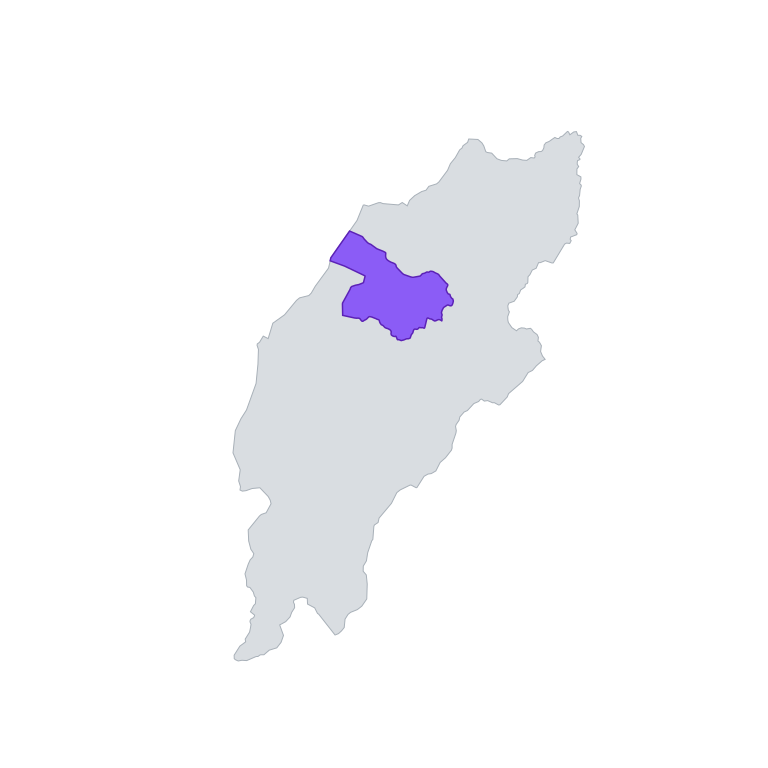 Bayanhongor highlighted on a map of Mongolia, rotated 118°
{"feature_id": "MNG-3317", "entity_name": "Bayanhongor", "entity_type": "Province", "adm_level": 1, "iso_a3": "MNG", "parent_name": "Mongolia", "parent_adm1": "", "projection": "natural_earth1", "projection_center": [99.6, 45.149], "detail": "fine", "context": "in_parent", "style": "filled", "palette": "violet", "viewbox_px": 768, "rotation_deg": 118, "n_neighbors": 0, "source": "natural_earth", "source_scale": "10m", "svg_char_len": 6961}
<svg xmlns="http://www.w3.org/2000/svg" viewBox="0 0 768 768"><g transform="rotate(118 384 384)"><path d="M72.5,325.6L74.8,325.6L78.4,323.3L79.0,320.2L80.2,318.5L88.7,317.7L92.5,318.6L93.2,316.7L93.9,316.4L95.9,318.0L97.9,317.3L99.3,316.5L100.6,314.2L103.6,314.6L108.6,312.0L108.7,307.4L110.6,306.3L115.2,305.4L115.8,303.3L116.7,302.7L120.0,302.2L125.8,299.8L128.4,299.6L130.5,297.5L135.6,294.9L143.2,293.6L143.9,292.2L150.9,288.0L158.3,287.9L160.4,284.2L161.6,283.9L166.6,288.2L168.8,287.6L169.6,286.0L172.7,286.0L173.9,289.0L175.7,290.2L197.6,291.4L198.3,292.5L199.4,299.6L203.4,302.9L204.3,304.5L210.4,304.0L213.8,306.6L219.0,306.5L221.7,307.2L226.8,304.7L228.0,304.7L229.6,306.0L232.1,305.1L236.9,307.5L240.6,307.0L242.3,308.0L244.5,307.2L249.8,307.9L254.0,311.7L256.9,311.4L260.4,308.9L261.4,307.2L266.5,306.4L269.4,304.7L271.3,303.1L274.2,297.6L274.8,292.0L272.2,291.1L270.0,289.2L268.7,286.2L268.6,284.1L266.1,280.9L266.4,279.3L267.8,276.5L268.5,272.0L270.3,269.6L273.8,268.2L274.1,266.4L276.3,263.0L281.8,261.0L284.9,257.2L286.6,253.3L289.3,255.3L296.4,258.0L302.3,259.3L306.2,262.1L316.6,262.8L334.0,269.5L337.6,269.1L347.9,271.9L348.7,272.9L348.7,277.9L349.6,279.3L350.0,284.7L352.0,287.4L351.5,290.7L352.4,291.7L355.0,292.2L359.1,295.5L368.3,297.9L371.1,300.1L377.5,301.6L380.7,300.7L386.0,301.3L387.9,300.9L391.2,298.3L393.4,297.5L405.4,295.5L408.6,293.8L410.8,293.4L420.3,295.1L426.9,297.6L436.4,297.4L440.9,300.2L442.9,302.9L446.7,305.3L459.9,306.3L460.5,306.9L460.5,312.6L461.1,313.6L469.8,319.9L473.9,321.7L485.9,321.4L504.7,325.4L509.0,324.2L513.0,326.3L514.5,326.1L526.4,320.9L528.2,321.2L540.6,319.2L548.4,316.5L554.5,316.8L559.1,314.5L560.9,310.0L568.5,304.9L581.9,298.3L590.6,299.3L595.7,301.6L601.3,306.3L604.3,307.6L609.9,308.0L617.7,304.8L621.9,305.6L625.8,307.0L628.6,309.4L617.9,333.6L617.8,335.0L614.2,340.1L614.2,348.2L609.3,351.1L610.3,355.7L611.5,357.5L617.3,362.1L619.2,361.5L620.6,359.6L623.5,357.9L629.0,358.3L633.8,357.6L639.9,359.2L645.7,363.0L653.2,354.7L660.4,353.6L667.3,354.8L672.9,360.4L679.4,362.9L681.2,366.1L683.8,367.4L684.7,369.0L692.7,375.4L694.6,379.7L697.0,382.7L697.2,385.8L696.8,387.3L693.8,389.0L683.1,388.2L676.6,385.1L674.4,386.8L666.2,386.2L661.7,387.5L658.6,388.6L656.9,390.7L655.5,391.2L654.1,391.1L651.5,389.4L649.4,389.5L648.8,389.8L647.8,395.0L640.8,395.1L638.4,394.4L632.8,396.8L632.0,398.9L629.1,401.7L626.6,406.9L627.3,409.2L626.6,410.6L621.6,413.4L616.9,417.6L606.8,419.3L602.0,419.6L598.4,418.6L594.9,419.3L592.4,424.0L586.1,429.8L576.6,435.4L559.1,432.0L556.8,431.1L553.0,427.6L542.8,427.5L540.1,429.8L537.7,433.4L533.9,444.9L538.2,451.4L543.0,455.8L545.1,458.8L545.2,461.4L542.0,462.5L537.8,466.8L527.2,470.7L515.7,485.0L494.9,493.4L481.8,494.0L471.5,493.2L443.6,497.2L425.7,504.6L412.4,511.1L409.5,514.2L408.1,514.7L405.6,513.5L398.4,513.1L398.3,507.6L382.5,510.7L369.6,504.3L351.2,500.5L347.6,499.0L341.2,491.9L337.9,490.9L329.9,490.6L307.7,487.4L297.4,490.1L252.2,484.6L235.8,486.3L235.2,485.6L234.2,481.1L226.6,474.1L225.5,472.3L225.2,469.6L219.1,455.3L215.2,453.1L215.8,447.1L209.8,447.6L203.2,445.3L196.4,441.1L193.2,437.9L188.4,437.2L182.6,431.5L179.9,430.4L165.5,428.2L158.3,428.8L150.6,427.3L141.8,427.1L139.0,425.9L136.5,426.1L131.4,423.6L127.9,424.2L124.0,415.9L125.1,410.8L126.9,407.7L131.1,403.2L131.1,401.5L129.6,397.3L132.1,390.0L131.5,385.4L129.4,380.3L126.4,379.1L122.4,372.1L121.2,366.7L119.5,362.9L115.2,360.7L113.9,357.4L112.5,357.2L111.6,358.2L109.0,358.6L106.3,356.6L104.9,354.3L103.4,353.6L100.5,353.7L97.8,354.8L95.0,354.3L92.5,352.2L86.1,348.9L86.0,346.5L85.1,344.8L83.1,344.4L81.2,342.7L74.9,340.6L74.8,339.4L76.7,336.9L72.4,334.8L70.8,332.6L73.4,329.6L72.4,327.7L72.5,325.6Z" fill="#d9dde1" stroke="#a8b0b8" stroke-width="1"/><path d="M297.5,490.2L289.4,489.2L281.3,488.2L273.2,487.2L265.1,486.2L264.1,473.0L264.1,472.2L264.3,471.6L265.3,469.6L266.9,465.0L267.0,464.2L267.1,463.4L266.9,461.1L267.9,454.2L267.9,453.5L267.2,447.0L267.2,444.8L267.3,444.3L267.6,443.9L270.2,442.7L271.2,442.0L271.6,441.6L271.9,441.3L272.4,440.6L272.7,439.9L273.0,438.7L273.1,438.0L273.2,435.4L272.8,432.1L272.8,431.3L272.9,430.4L273.1,429.8L273.4,429.4L273.6,429.1L274.4,428.5L274.7,428.2L275.3,427.1L277.6,420.1L277.9,418.8L278.0,417.8L276.9,410.7L276.5,409.2L276.0,408.2L272.3,403.5L271.6,402.7L271.2,402.6L270.7,402.4L270.1,402.3L269.1,402.1L268.7,401.9L268.3,401.6L267.5,400.6L267.0,400.1L265.3,399.0L264.9,398.6L264.5,397.4L264.2,396.9L263.8,396.7L262.9,396.2L262.6,395.9L262.4,395.6L262.0,394.5L261.8,393.9L261.7,393.3L261.7,392.7L261.8,390.7L261.6,389.0L261.6,387.6L261.7,387.1L262.6,385.3L265.6,377.0L265.8,376.3L265.9,375.5L266.1,374.8L266.4,374.3L267.0,374.0L267.6,373.9L269.5,373.9L270.7,373.7L271.8,373.2L273.5,371.2L274.0,370.2L274.3,369.5L274.2,368.9L274.0,368.5L274.0,367.9L274.3,367.5L275.2,366.7L275.8,365.9L276.1,365.3L276.3,364.8L276.5,364.4L276.6,363.7L276.6,363.4L276.6,363.2L277.8,362.0L278.5,361.6L280.5,361.1L282.1,360.9L282.4,361.0L282.7,361.1L283.1,361.2L283.3,361.4L283.6,361.7L284.0,362.8L284.1,364.4L284.3,364.8L284.7,365.2L288.1,367.1L288.6,367.3L289.2,367.3L291.6,367.3L293.2,367.0L293.8,366.8L294.1,366.7L294.5,366.4L295.5,365.3L295.9,365.1L296.4,364.9L297.6,364.7L298.0,364.5L298.4,364.3L298.7,363.9L299.2,363.4L300.6,362.7L301.1,362.7L301.0,364.7L301.2,365.4L301.5,366.0L301.8,366.4L302.4,366.9L303.8,367.9L304.3,368.5L304.6,369.1L304.6,369.8L304.6,370.4L304.4,371.6L304.4,372.3L304.5,372.9L304.7,373.4L304.9,373.8L305.0,374.2L305.0,374.6L305.0,375.0L305.0,375.5L305.1,376.1L305.3,376.5L305.7,376.8L306.1,376.8L307.8,376.4L314.7,374.6L315.3,374.5L315.7,374.6L315.9,374.8L316.1,376.3L316.4,376.9L316.9,377.6L317.1,378.2L317.4,379.1L317.6,379.4L317.8,379.5L318.8,379.7L319.4,379.9L320.1,380.4L320.4,380.9L320.8,382.0L321.1,382.6L321.4,382.9L321.8,383.1L323.3,383.1L324.7,382.7L325.4,382.6L327.6,383.0L328.5,382.9L330.9,382.5L331.4,382.6L332.6,383.7L333.3,385.0L333.5,385.3L335.8,387.2L337.6,389.2L337.8,391.2L337.9,391.6L338.1,392.1L338.3,392.4L338.5,392.8L338.4,393.2L336.7,395.2L336.3,395.9L336.5,396.3L336.8,396.5L337.1,397.0L337.3,397.5L337.5,398.8L337.4,399.8L337.3,400.3L337.2,400.6L336.8,401.0L336.3,401.4L335.7,401.7L334.7,402.0L334.3,402.3L334.0,402.8L333.6,403.3L333.4,403.9L333.3,404.5L333.3,406.6L333.6,407.9L333.7,408.8L333.7,409.7L332.8,412.4L332.9,413.7L332.9,414.3L332.1,415.9L331.2,417.1L330.1,418.0L329.9,418.4L329.8,418.8L329.8,419.2L330.1,420.5L330.1,421.1L330.1,421.8L330.1,422.2L330.2,422.6L330.5,425.3L330.6,426.2L330.9,427.3L331.1,427.9L331.3,428.4L331.7,428.8L332.3,429.1L334.7,429.8L336.0,430.5L336.7,431.1L338.5,432.1L338.9,432.8L338.5,434.2L337.7,435.9L337.6,436.2L337.6,436.5L337.7,437.0L337.9,437.6L338.9,439.4L339.5,440.9L342.8,452.7L333.0,458.2L332.0,458.6L331.6,458.6L316.3,458.4L314.5,458.7L313.1,458.3L310.2,455.6L308.0,452.9L304.6,450.0L304.3,449.9L304.0,449.8L303.8,449.8L297.8,451.3L297.6,451.4L297.5,451.8L297.5,453.3L298.4,474.2L300.5,489.4L297.5,490.2Z" fill="#8b5cf6" stroke="#5b21b6" stroke-width="1.5"/></g></svg>